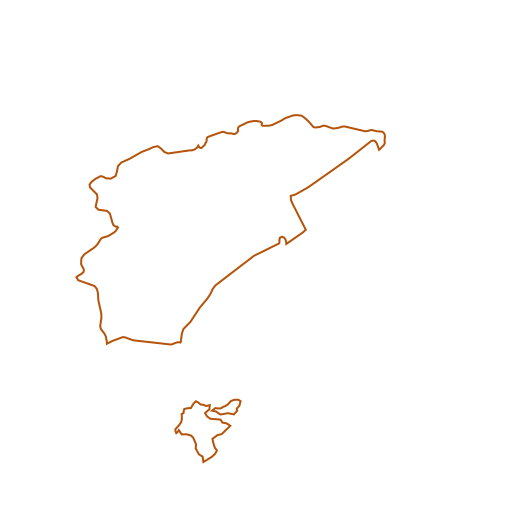 an SVG outline of Kedah, rotated 239°
{"feature_id": "MYS-1140", "entity_name": "Kedah", "entity_type": "State", "adm_level": 1, "iso_a3": "MYS", "parent_name": "Malaysia", "parent_adm1": "", "projection": "natural_earth1", "projection_center": [100.502, 5.804], "detail": "fine", "context": "isolated", "style": "outline", "palette": "amber", "viewbox_px": 512, "rotation_deg": 239, "n_neighbors": 0, "source": "natural_earth", "source_scale": "10m", "svg_char_len": 3578}
<svg xmlns="http://www.w3.org/2000/svg" viewBox="0 0 512 512"><g transform="rotate(239 256 256)"><path d="M257.6,83.0L259.6,84.1L264.2,85.8L267.7,86.1L273.0,85.4L276.1,86.3L282.7,91.7L286.5,93.8L299.1,98.0L306.1,101.6L309.8,102.6L313.5,102.1L326.8,91.1L330.3,91.1L330.6,92.5L330.6,97.9L331.1,99.9L332.9,101.4L334.8,101.7L336.9,101.6L339.3,102.0L344.0,105.2L345.9,109.8L346.5,121.2L347.0,123.9L347.9,126.6L350.4,131.4L350.8,133.4L350.3,135.6L349.7,137.6L349.6,137.8L349.2,140.0L349.3,146.9L349.8,148.9L351.6,152.4L352.5,152.3L353.6,150.7L356.2,149.7L358.9,150.2L367.5,152.6L371.4,151.5L376.8,144.8L380.7,143.8L387.4,150.1L390.8,151.4L400.3,149.0L402.9,150.1L404.3,153.2L404.8,158.1L404.5,163.9L402.6,165.9L399.9,167.4L397.1,171.4L396.9,176.9L400.2,180.5L404.0,183.8L405.5,188.6L404.4,197.9L404.1,211.5L402.7,219.4L402.3,223.9L400.8,228.3L397.0,229.9L392.6,230.9L389.2,233.4L380.8,253.3L379.4,255.9L378.9,258.7L379.3,261.5L380.4,263.4L379.1,263.4L378.3,263.5L377.5,263.8L377.0,264.3L376.7,265.0L377.6,269.0L377.9,269.6L378.8,270.8L379.4,272.2L379.9,272.8L381.7,274.0L382.2,274.5L382.6,275.0L382.8,275.6L382.7,277.0L379.9,290.6L379.5,291.5L378.8,292.4L376.3,294.4L375.3,295.6L373.8,298.0L372.0,299.8L371.6,300.5L371.4,301.6L371.7,303.5L372.1,304.6L372.7,305.2L373.3,305.6L374.0,305.8L374.6,306.2L375.1,306.7L375.5,307.4L375.7,308.3L375.7,309.5L375.2,313.7L375.2,315.7L375.1,316.6L374.4,319.6L373.0,323.2L371.8,325.5L369.1,328.7L367.8,329.4L366.7,329.6L365.8,328.6L365.2,328.3L364.4,328.7L363.5,329.8L362.0,332.6L361.1,334.0L360.0,337.2L359.1,346.4L359.0,348.4L359.1,350.4L359.0,352.4L357.6,359.3L357.1,360.9L356.4,362.3L355.7,363.6L353.0,367.1L351.6,367.9L349.4,368.8L344.2,370.4L337.1,371.6L335.7,372.8L333.7,377.2L333.3,379.9L333.1,380.6L332.4,381.8L331.3,383.0L326.3,387.0L325.6,387.8L324.9,389.0L323.4,392.8L322.5,396.5L322.3,397.0L322.1,397.4L321.3,398.8L306.7,413.8L305.7,415.9L304.8,419.3L304.5,420.0L304.0,420.5L301.0,423.5L298.0,427.6L297.5,428.1L296.8,428.6L295.9,428.8L294.7,429.0L293.1,428.6L291.6,427.8L289.5,426.1L287.2,424.9L286.5,424.6L285.2,422.7L283.6,416.2L290.0,417.5L292.5,417.4L293.2,417.2L293.8,416.8L294.4,416.2L294.9,415.2L295.1,414.2L295.1,413.2L291.6,385.3L288.0,336.1L288.4,321.7L288.8,319.7L289.7,316.8L286.2,314.9L282.9,314.3L252.9,312.2L252.1,308.6L250.7,288.2L252.6,289.1L255.0,289.8L257.3,289.6L259.1,288.2L259.4,285.9L257.8,284.4L255.9,283.3L254.9,282.3L257.2,254.3L251.7,206.0L250.0,201.9L246.9,197.3L244.5,192.2L240.8,181.4L233.3,165.8L230.8,156.2L227.7,152.5L220.9,147.1L220.7,146.7L222.3,144.8L223.1,141.7L223.4,139.3L223.7,138.2L223.9,137.5L246.7,107.7L248.8,105.8L253.7,101.9L254.5,100.9L255.1,100.0L257.1,89.4L257.3,87.5L257.3,86.5L257.6,83.0ZM159.2,121.9L161.3,125.6L162.0,127.8L162.4,129.7L160.3,131.0L157.3,132.0L155.6,134.2L153.0,136.1L152.0,139.6L148.6,137.1L147.6,131.4L143.6,131.5L139.9,133.1L136.7,137.7L133.9,141.4L130.5,141.4L127.9,144.4L125.3,145.8L123.7,146.5L121.0,134.9L122.3,130.7L121.7,124.5L118.4,123.3L113.0,122.0L109.3,122.3L107.5,118.9L106.6,114.7L106.5,104.8L111.5,106.9L115.5,104.9L122.2,105.2L125.3,107.6L132.4,108.6L135.5,107.9L138.9,104.7L141.4,100.4L143.4,100.3L146.5,100.2L145.5,98.2L145.2,96.4L147.1,96.7L149.0,97.6L150.6,102.9L152.1,106.3L154.6,108.6L158.8,110.9L158.6,112.9L160.0,113.9L161.8,115.7L160.9,118.6L159.2,121.9ZM135.6,151.2L138.5,143.8L143.3,141.6L146.0,138.7L146.6,142.7L145.1,144.7L143.5,147.4L143.6,150.3L143.2,151.9L143.3,155.7L144.6,159.8L143.9,163.4L141.9,166.8L139.5,168.0L136.2,164.6L135.1,160.9L133.2,160.3L131.6,155.5L135.6,151.2Z" fill="none" stroke="#b45309" stroke-width="2"/></g></svg>